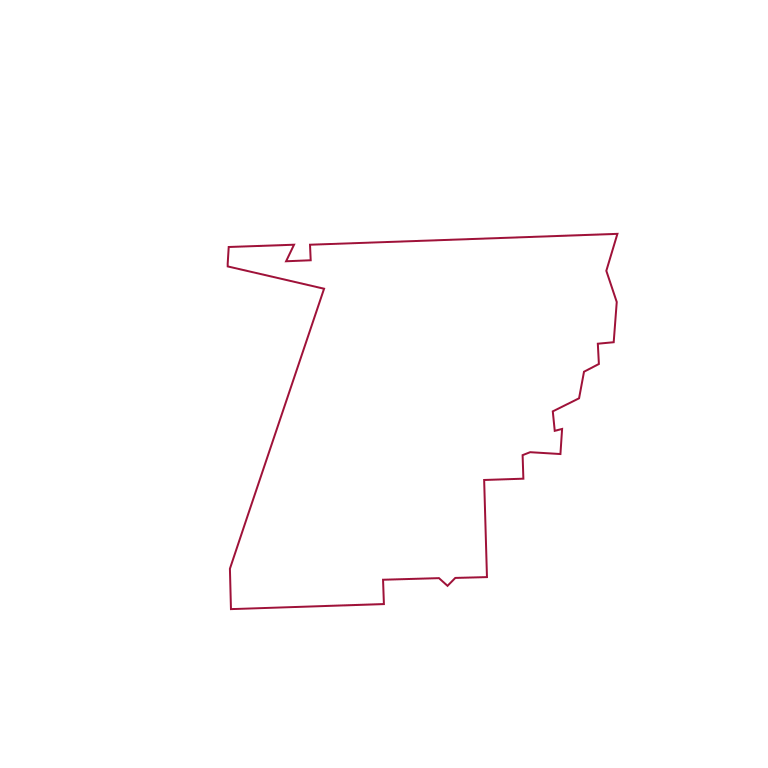 Dodge, Georgia, United States of America, rotated 223°
{"feature_id": "52423323B39944248465098", "entity_name": "Dodge", "entity_type": "district", "adm_level": 2, "iso_a3": "USA", "parent_name": "United States of America", "parent_adm1": "Georgia", "projection": "mercator", "projection_center": [-83.2, 32.176], "detail": "fine", "context": "isolated", "style": "outline", "palette": "rose", "viewbox_px": 768, "rotation_deg": 223, "n_neighbors": 0, "source": "geoboundaries", "source_scale": "gbopen_adm2", "svg_char_len": 574}
<svg xmlns="http://www.w3.org/2000/svg" viewBox="0 0 768 768"><g transform="rotate(223 384 384)"><path d="M207.2,453.1L223.1,472.6L227.2,466.2L241.9,479.1L231.6,506.6L246.1,529.4L240.5,545.2L255.1,559.3L244.5,571.2L269.7,602.7L298.6,618.4L315.7,653.0L533.1,435.4L522.0,424.5L539.3,407.0L544.8,424.5L591.0,378.3L580.3,365.3L578.5,363.4L492.8,412.8L393.4,193.6L370.7,143.8L342.4,115.0L234.0,223.0L251.2,240.2L211.4,279.5L199.9,279.7L199.6,290.8L177.0,313.0L245.3,382.1L217.5,409.8L234.1,426.5L230.6,433.8L207.2,453.1Z" fill="none" stroke="#9f1239" stroke-width="2"/></g></svg>